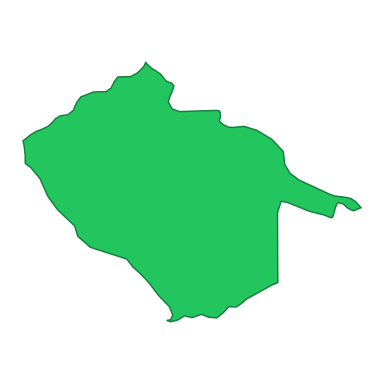 map outline of Yagha (Mercator projection)
{"feature_id": "BFA-2877", "entity_name": "Yagha", "entity_type": "Province", "adm_level": 1, "iso_a3": "BFA", "parent_name": "Burkina Faso", "parent_adm1": "", "projection": "mercator", "projection_center": [0.646, 13.4], "detail": "fine", "context": "isolated", "style": "filled", "palette": "green", "viewbox_px": 384, "rotation_deg": 0, "n_neighbors": 0, "source": "natural_earth", "source_scale": "10m", "svg_char_len": 1417}
<svg xmlns="http://www.w3.org/2000/svg" viewBox="0 0 384 384"><path d="M145.8,62.3L146.9,63.9L151.2,67.9L160.6,74.1L163.5,78.0L166.6,81.3L172.0,83.3L173.9,86.0L172.2,91.5L169.5,97.5L168.3,101.9L172.2,109.0L179.6,111.6L216.7,110.4L219.5,111.0L220.4,113.0L220.3,115.4L220.5,117.1L220.3,118.2L219.4,119.4L219.6,121.3L223.0,124.5L228.5,127.2L233.4,127.4L244.0,126.4L256.9,130.3L272.0,139.5L283.3,151.6L284.8,164.6L290.0,173.3L299.3,180.2L329.7,194.3L334.7,196.0L346.6,197.5L351.3,198.7L355.6,201.7L361.0,207.7L353.4,210.8L347.9,208.2L343.3,204.1L338.3,202.5L336.8,204.1L335.5,207.3L332.7,217.1L330.7,217.7L324.5,215.1L309.5,211.3L287.1,202.3L281.1,201.3L277.5,212.8L277.6,237.2L277.7,264.3L277.8,282.6L277.6,282.7L272.4,284.8L246.9,298.8L241.5,303.5L236.2,307.0L228.8,306.6L223.4,312.6L216.8,317.9L208.6,317.2L201.6,314.3L192.0,317.6L184.5,315.8L177.8,320.0L171.0,321.7L166.6,320.4L170.5,319.8L172.8,315.2L169.5,306.8L158.5,295.4L148.8,282.6L141.2,274.5L132.9,267.0L126.9,259.1L90.4,247.3L77.8,236.3L74.7,226.0L57.3,209.4L47.9,196.4L39.8,178.3L30.6,167.4L25.3,163.5L25.2,155.5L24.2,146.1L23.0,140.9L30.9,134.6L35.6,131.7L38.5,130.5L42.0,129.3L48.2,126.2L52.3,122.4L55.6,118.6L60.6,115.7L67.8,114.8L73.5,110.3L75.0,106.2L77.0,102.1L81.0,96.8L93.6,92.0L106.2,91.6L111.1,88.0L114.3,81.5L117.8,77.0L130.5,76.6L136.9,73.3L141.7,68.8L144.2,65.8L145.7,62.4L145.8,62.3Z" fill="#22c55e" stroke="#15803d" stroke-width="1.5"/></svg>